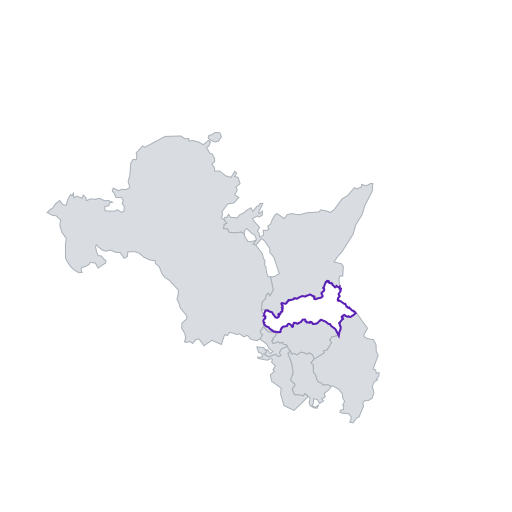 map of Pakistan with Uzbekistan, India, Afghanistan and 4 others greyed out, rotated 222°
{"feature_id": "PAK", "entity_name": "Pakistan", "entity_type": "country or territory", "adm_level": 0, "iso_a3": "PAK", "parent_name": "Asia", "parent_adm1": "", "projection": "equal_earth", "projection_center": [69.806, 30.395], "detail": "fine", "context": "with_neighbors", "style": "outline", "palette": "violet", "viewbox_px": 512, "rotation_deg": 222, "n_neighbors": 7, "source": "natural_earth", "source_scale": "50m", "svg_char_len": 13467}
<svg xmlns="http://www.w3.org/2000/svg" viewBox="0 0 512 512"><g transform="rotate(222 256 256)"><path d="M123.1,186.5L124.4,166.7L135.1,163.5L145.2,169.8L148.9,174.6L160.8,173.4L165.7,177.3L165.2,182.8L167.3,182.8L168.1,187.3L173.4,187.5L174.5,190.1L176.1,190.0L177.9,186.1L185.8,181.3L187.1,181.8L183.6,185.4L186.7,187.4L189.6,186.1L194.6,189.0L189.3,192.9L184.4,192.5L183.7,191.0L184.6,188.4L179.0,189.7L175.6,196.3L172.1,196.1L171.0,198.5L174.1,199.9L175.0,204.0L172.5,209.8L166.9,208.5L167.1,205.1L157.1,199.9L149.7,193.4L147.8,187.8L146.4,186.8L141.9,187.0L140.3,185.9L140.1,181.5L134.7,178.7L131.0,181.8L127.3,183.7L127.8,186.5L123.1,186.5Z" fill="#d9dde1" stroke="#a8b0b8" stroke-width="1"/><path d="M304.5,261.6L305.0,263.9L303.6,265.0L304.2,268.7L300.9,267.6L295.4,271.8L295.8,275.3L293.7,280.4L293.7,283.3L292.0,288.4L288.3,287.0L288.5,293.3L287.6,295.4L288.2,298.0L286.1,299.5L283.1,289.7L281.8,289.7L281.3,293.7L278.6,290.5L279.8,287.0L281.8,286.7L283.6,281.5L280.9,280.5L272.4,279.7L271.7,275.5L269.5,275.2L265.8,272.6L264.4,276.7L267.9,279.9L265.2,282.2L264.3,284.4L267.2,286.0L266.6,289.7L268.4,294.3L269.3,299.4L268.8,301.6L260.0,302.8L260.5,307.5L258.1,311.2L251.6,315.3L246.7,322.7L238.7,330.7L238.8,333.6L232.3,337.4L230.2,337.7L228.9,342.5L230.3,356.0L228.4,362.0L228.5,372.8L226.0,373.1L223.9,377.9L225.4,380.0L221.1,381.8L219.5,386.2L217.7,388.0L213.1,382.1L209.0,366.7L204.8,357.6L202.7,345.8L198.4,337.1L195.0,317.0L194.9,309.5L194.0,303.7L187.3,307.4L184.1,306.7L178.1,299.2L180.3,297.0L178.9,294.5L173.6,289.3L176.6,285.3L186.6,285.3L185.7,280.0L183.2,277.0L182.6,272.3L179.7,269.6L184.6,263.3L189.9,263.7L194.5,257.5L197.2,251.4L201.5,245.5L201.3,241.3L205.0,237.9L201.4,235.0L198.2,226.0L200.3,223.5L206.9,224.9L211.8,224.0L215.8,219.2L220.7,225.9L220.4,230.7L222.3,233.6L222.2,236.6L219.1,235.8L220.5,242.3L231.3,250.2L228.6,252.9L227.0,258.5L241.8,267.0L248.0,267.8L250.8,270.9L259.8,272.9L263.5,272.8L263.3,264.0L266.0,262.7L266.8,268.6L271.1,270.9L273.8,270.0L281.3,270.2L281.4,266.5L279.4,264.6L283.0,263.8L286.8,259.4L291.6,255.6L295.5,257.0L298.5,254.5L300.9,258.2L299.6,260.7L304.5,261.6Z" fill="#d9dde1" stroke="#a8b0b8" stroke-width="1"/><path d="M166.9,208.5L169.3,208.6L173.8,210.4L176.9,208.6L178.4,209.7L179.8,207.1L182.3,207.2L183.4,204.1L185.3,202.2L187.6,203.5L187.1,205.2L188.4,205.5L188.1,210.2L189.8,212.1L193.2,210.3L195.8,207.8L203.2,208.2L204.0,209.8L189.8,213.4L187.3,215.8L188.8,221.1L186.7,223.6L186.9,225.8L185.7,227.9L181.5,227.7L183.3,231.5L180.5,233.0L178.6,236.5L178.8,240.0L177.1,241.7L175.5,241.1L172.1,241.9L171.6,243.6L168.3,243.5L165.8,246.9L165.6,251.9L159.8,254.4L156.7,253.9L155.7,255.2L153.1,254.4L148.6,255.3L141.2,252.3L145.4,246.9L145.1,243.1L141.8,242.1L140.3,233.7L142.3,230.5L140.4,229.7L143.8,218.3L148.1,220.5L151.4,219.7L152.4,217.1L155.8,216.2L158.3,214.5L159.3,209.9L162.9,208.8L163.6,206.8L166.9,208.5Z" fill="#d9dde1" stroke="#a8b0b8" stroke-width="1"/><path d="M172.5,209.8L175.0,204.0L174.1,199.9L171.0,198.5L172.1,196.1L175.6,196.3L179.0,189.7L184.6,188.4L183.7,191.0L184.4,192.5L186.1,192.4L184.6,194.1L180.0,193.2L179.6,196.4L184.1,195.9L189.4,197.7L197.4,196.9L198.6,202.1L199.9,201.5L202.6,202.8L203.2,208.2L195.8,207.8L193.2,210.3L189.8,212.1L188.1,210.2L188.4,205.5L187.1,205.2L187.6,203.5L185.3,202.2L183.4,204.1L182.3,207.2L179.8,207.1L178.4,209.7L176.9,208.6L173.8,210.4L172.5,209.8Z" fill="#d9dde1" stroke="#a8b0b8" stroke-width="1"/><path d="M108.8,183.9L110.8,182.1L115.6,181.0L118.3,182.5L120.9,186.8L127.8,186.5L127.3,183.7L131.0,181.8L134.7,178.7L140.1,181.5L140.3,185.9L141.9,187.0L146.4,186.8L147.8,187.8L149.7,193.4L157.1,199.9L167.1,205.1L166.9,208.5L163.6,206.8L162.9,208.8L159.3,209.9L158.3,214.5L155.8,216.2L152.4,217.1L151.4,219.7L148.1,220.5L143.8,218.3L143.6,213.5L140.4,213.3L135.7,208.2L132.3,207.6L127.7,204.8L124.7,204.2L122.8,205.3L119.9,205.1L116.7,208.4L112.8,209.4L112.3,205.4L113.4,199.6L110.2,197.7L111.6,193.9L108.8,193.6L110.1,188.9L114.0,190.3L117.8,188.5L115.0,185.2L114.1,182.1L110.6,183.5L109.8,187.5L108.8,183.9Z" fill="#d9dde1" stroke="#a8b0b8" stroke-width="1"/><path d="M86.4,251.7L84.2,248.6L84.4,245.4L82.9,245.4L84.0,241.2L82.1,236.7L77.0,233.5L74.5,228.0L75.9,223.5L78.3,221.5L78.3,218.1L75.6,216.4L71.7,205.1L72.8,203.3L72.2,196.9L75.3,195.3L75.7,197.4L77.5,200.0L80.4,200.8L81.9,200.6L87.4,196.5L89.0,196.1L90.1,197.7L88.3,200.5L90.7,203.4L91.8,203.1L92.8,207.3L96.7,208.5L99.5,211.3L105.5,212.3L112.3,210.8L112.8,209.4L116.7,208.4L119.9,205.1L122.8,205.3L124.7,204.2L127.7,204.8L132.3,207.6L135.7,208.2L140.4,213.3L143.6,213.5L143.8,218.3L140.4,229.7L142.3,230.5L140.3,233.7L141.8,242.1L145.1,243.1L145.4,246.9L141.2,252.3L145.0,259.0L149.2,261.7L149.2,266.9L151.4,267.9L151.7,270.7L145.1,273.8L143.2,280.9L124.7,276.9L123.1,269.4L121.0,268.4L117.5,269.4L112.8,272.4L107.4,270.4L103.0,265.7L98.8,264.0L93.4,250.4L90.9,251.4L88.2,249.4L86.4,251.7Z" fill="#d9dde1" stroke="#a8b0b8" stroke-width="1"/><path d="M365.3,323.3L361.4,321.4L360.8,316.0L362.9,313.2L367.8,311.5L370.4,311.6L371.7,314.0L369.9,316.7L369.1,320.3L365.3,323.3ZM224.5,180.8L224.0,177.8L226.7,176.4L222.5,167.1L232.4,163.8L234.6,154.5L242.8,156.2L244.8,153.8L244.5,148.7L247.7,148.2L250.4,144.8L251.9,144.4L253.3,148.0L257.0,150.7L262.9,152.6L266.2,156.7L265.4,162.8L267.1,165.1L277.6,166.8L283.0,170.1L285.6,170.7L288.2,175.6L291.0,178.8L304.3,179.9L309.7,179.1L314.0,179.9L320.7,183.3L325.7,183.2L327.9,184.9L332.2,182.0L338.5,180.1L344.7,179.9L349.2,178.0L354.0,173.3L351.2,169.5L352.5,166.1L359.4,167.6L362.8,164.8L368.5,162.8L370.5,159.3L372.9,157.9L378.6,157.2L381.9,157.8L381.8,155.9L377.2,152.3L373.5,150.7L370.9,152.6L366.8,151.8L364.7,152.4L363.1,150.3L365.3,141.4L370.6,143.3L375.1,140.2L374.4,138.0L376.2,132.8L377.8,131.2L376.8,128.5L374.3,127.4L376.6,125.0L381.1,124.1L386.1,124.0L392.3,125.4L396.4,127.2L405.4,137.2L408.7,142.1L416.1,143.7L422.1,147.3L425.5,152.1L431.6,152.1L434.3,150.1L440.3,148.6L440.0,153.2L439.2,155.1L439.9,160.8L439.0,165.9L433.7,164.9L430.9,166.8L433.5,171.4L434.9,177.7L432.9,177.8L433.8,180.6L430.1,177.4L429.4,180.4L423.7,182.8L425.2,185.7L421.5,185.5L419.0,183.7L417.2,187.6L413.4,190.6L410.9,194.1L405.4,195.8L402.9,198.4L398.7,199.9L400.4,197.3L399.0,195.1L401.4,191.4L398.4,188.5L391.4,194.3L389.7,197.9L385.6,198.2L384.0,200.8L387.0,204.6L390.7,205.5L391.4,208.0L395.2,209.7L399.1,205.7L403.4,207.8L406.2,208.0L407.6,211.0L401.8,212.6L400.5,215.6L396.9,218.5L395.5,222.5L400.8,225.7L403.7,231.4L411.2,241.3L412.0,245.6L409.5,247.3L411.1,250.4L414.0,252.3L413.9,261.9L411.4,262.4L403.5,284.1L392.2,294.9L387.1,295.6L384.6,298.4L382.8,296.4L380.5,299.4L374.4,302.5L369.7,303.4L368.7,310.0L366.2,310.3L364.6,305.9L365.4,303.5L359.1,301.5L357.0,302.5L352.2,300.9L349.8,298.4L350.2,294.8L345.9,293.7L343.5,291.4L339.9,294.7L331.8,295.4L327.2,297.8L328.4,304.8L325.9,304.7L325.1,300.7L321.9,302.5L316.2,299.0L317.2,293.9L314.2,292.7L312.6,287.1L307.9,288.1L307.9,280.8L311.8,275.8L311.0,266.2L308.9,264.7L307.1,261.2L304.5,261.6L299.6,260.7L300.9,258.2L298.5,254.5L295.5,257.0L291.6,255.6L286.8,259.4L283.0,263.8L279.4,264.6L277.4,263.0L271.7,261.4L269.4,263.0L266.7,267.4L266.0,262.7L263.3,264.0L252.9,262.0L249.1,259.4L245.6,258.2L244.0,255.3L241.4,254.5L236.7,250.6L233.1,248.8L231.3,250.2L220.5,242.3L219.1,235.8L222.2,236.6L222.3,233.6L220.4,230.7L220.7,225.9L215.8,219.2L208.6,216.9L207.2,212.5L204.0,209.8L203.2,208.2L202.6,202.8L199.9,201.5L198.6,202.1L197.4,196.9L198.6,195.6L198.0,194.3L201.9,191.7L204.8,190.6L209.3,191.4L210.8,187.9L216.1,187.2L217.5,185.0L223.9,182.1L224.5,180.8Z" fill="#d9dde1" stroke="#a8b0b8" stroke-width="1"/><path d="M211.1,218.2L212.4,221.4L212.3,222.1L211.8,222.4L211.3,222.6L211.2,222.7L211.2,222.9L211.0,223.2L210.5,223.5L210.2,223.5L209.9,223.4L208.7,223.9L208.1,223.9L207.7,224.2L207.4,224.5L206.7,224.9L206.3,224.9L205.6,224.7L204.8,224.3L204.4,224.1L204.1,224.1L203.4,224.1L201.8,223.7L200.6,223.4L199.1,224.0L198.6,225.0L198.5,225.3L198.4,225.6L198.5,225.9L199.0,226.1L199.2,226.4L199.2,226.7L198.9,227.2L198.9,227.4L199.0,227.5L199.8,227.8L200.2,227.8L200.4,227.8L200.4,228.1L200.3,228.4L199.7,228.7L199.3,229.0L199.2,229.4L199.3,229.7L199.4,229.9L199.9,230.4L200.0,230.7L200.0,231.0L199.9,231.4L199.4,232.2L199.3,232.3L199.4,232.5L200.0,233.2L200.4,233.5L200.7,233.6L200.8,234.0L200.9,234.4L200.8,234.7L201.0,235.0L201.6,234.9L202.0,235.0L202.2,234.9L202.4,235.0L202.3,235.9L202.4,236.4L202.5,236.6L202.9,236.8L203.8,236.8L204.9,237.3L205.2,237.6L205.4,237.8L205.3,238.2L205.0,238.6L204.2,238.9L202.8,239.8L202.3,240.1L202.0,240.5L201.9,240.8L201.8,241.1L202.1,242.3L202.2,242.6L201.9,244.3L202.0,244.6L202.3,244.7L202.4,245.1L201.9,245.6L201.3,246.0L201.1,246.0L200.6,246.7L199.7,248.2L199.2,248.7L199.1,249.2L199.3,249.6L199.4,250.0L199.2,250.3L198.8,250.7L198.2,251.1L197.3,251.4L196.9,251.7L196.3,253.9L195.8,255.1L195.1,256.7L194.9,257.1L192.4,258.7L192.1,259.0L191.6,260.7L191.4,261.1L190.6,262.1L190.4,262.9L190.3,263.4L188.8,264.0L187.7,264.1L187.2,264.2L185.8,264.9L185.5,265.0L185.2,264.8L185.0,264.6L184.8,264.2L184.7,263.6L184.4,263.3L184.1,263.1L183.7,263.1L183.3,263.3L183.0,263.6L182.5,264.1L182.1,265.0L181.4,266.4L180.6,267.3L180.2,267.9L179.9,268.2L179.8,268.5L179.6,269.5L179.5,270.4L179.5,270.6L179.7,270.8L180.7,271.5L181.5,271.7L182.1,271.8L182.4,272.0L182.5,272.2L182.6,272.4L182.5,274.0L182.2,274.8L182.2,275.3L182.3,275.8L183.1,277.1L183.4,277.2L183.9,277.2L184.2,277.2L184.5,277.1L184.8,277.3L184.9,277.5L184.8,278.8L185.1,279.3L185.5,280.1L185.9,281.0L186.2,282.0L186.5,282.8L186.7,283.3L186.4,283.5L186.3,284.0L186.3,284.3L186.3,284.5L186.5,284.7L186.6,284.8L186.6,285.0L186.4,285.2L186.1,285.2L185.9,285.4L185.6,285.9L185.4,286.0L185.2,286.0L184.9,285.9L184.5,285.7L184.4,285.4L184.5,285.1L184.4,284.9L184.1,284.9L183.2,285.3L182.3,285.7L182.0,286.3L181.6,286.4L181.0,286.4L180.6,286.4L179.9,285.8L177.9,285.8L177.6,285.7L177.3,285.8L176.9,285.7L176.7,285.8L176.4,285.6L176.2,285.6L176.1,285.8L176.1,287.7L175.0,287.7L174.0,287.9L173.5,288.3L173.4,288.7L173.3,289.0L173.1,288.6L172.9,288.4L172.8,288.5L172.5,288.5L172.1,288.0L171.9,288.5L171.2,288.6L171.2,288.3L171.1,287.9L170.8,288.2L170.5,287.8L170.4,287.3L170.2,287.1L169.9,286.9L169.6,286.4L169.6,285.8L169.5,285.2L169.0,282.8L168.7,282.6L166.9,282.2L166.8,281.8L166.9,280.7L166.9,280.0L166.3,279.0L166.2,278.4L165.7,277.9L165.2,277.7L164.7,277.8L164.5,278.0L164.3,278.4L165.3,278.3L165.6,278.4L165.8,278.6L165.6,278.6L165.2,278.5L164.8,278.5L163.2,278.8L162.3,279.2L161.0,279.1L159.5,279.5L158.2,279.5L157.6,280.2L157.3,280.1L157.1,279.9L155.3,279.3L155.2,279.1L154.9,278.9L154.6,279.2L154.3,279.3L153.4,279.0L152.6,279.2L152.3,279.5L152.3,280.1L151.4,280.0L150.9,279.8L150.2,280.0L148.6,279.7L148.1,279.8L147.6,280.1L147.3,280.4L147.0,280.5L146.7,280.1L146.4,280.0L146.2,280.1L145.9,280.4L145.1,280.6L144.4,280.5L143.6,280.2L143.8,279.6L144.0,277.8L144.1,277.1L144.1,276.8L144.1,276.7L144.4,276.4L144.5,276.2L144.8,274.3L145.0,273.9L146.1,273.3L146.3,273.0L146.8,273.1L146.9,272.7L147.1,272.3L147.5,272.0L147.7,271.9L148.6,271.7L149.1,271.4L149.3,271.4L150.7,271.4L151.0,271.3L151.0,271.2L151.1,270.2L151.4,270.0L151.3,269.2L151.4,268.8L151.7,268.5L151.7,268.3L151.5,268.0L151.2,267.8L151.1,267.7L149.9,267.9L149.5,267.8L149.3,267.7L149.2,267.6L149.3,267.4L149.3,267.1L149.5,266.6L149.5,266.2L149.4,264.4L149.3,263.2L149.4,262.0L149.4,261.8L149.3,261.7L149.2,261.7L148.5,261.8L147.9,261.0L147.6,260.7L146.6,260.3L146.2,260.3L145.5,259.9L144.4,258.5L144.1,258.0L143.9,257.2L143.2,255.6L143.2,255.2L141.1,252.1L147.8,254.7L148.3,254.8L153.2,254.3L154.9,254.7L155.5,254.9L155.9,254.5L156.3,254.2L156.8,254.0L157.4,253.9L158.8,253.9L159.2,253.9L160.0,253.9L164.8,252.2L165.1,252.1L165.3,251.7L165.2,251.0L165.1,250.6L165.3,250.1L165.4,249.4L165.4,248.3L165.4,247.7L165.7,246.5L165.9,245.9L166.6,245.4L166.8,245.2L167.4,244.2L167.8,243.8L168.2,243.5L168.7,243.6L169.1,243.9L169.8,244.1L170.6,244.0L171.2,243.7L171.5,243.5L171.8,243.3L171.8,243.1L171.5,242.9L171.2,242.7L171.2,242.4L171.4,242.2L171.9,242.1L173.1,241.4L173.6,240.9L173.7,240.6L174.0,240.6L174.4,240.8L175.0,240.9L175.3,240.7L175.7,240.6L176.0,240.9L176.2,241.2L176.5,241.5L176.9,241.6L177.3,241.4L177.8,241.0L178.7,239.8L178.5,236.9L178.7,236.4L179.0,236.0L179.2,235.5L179.2,235.0L179.5,234.6L179.7,233.5L180.0,233.2L180.6,233.1L181.5,233.0L183.0,231.9L183.1,231.5L182.8,231.0L182.4,230.0L182.1,229.4L181.3,228.4L181.4,227.7L181.8,227.5L183.0,227.9L183.3,228.0L183.7,228.1L184.7,228.1L185.6,227.9L186.4,227.5L186.6,227.1L186.6,225.7L186.3,225.3L186.1,225.0L186.1,224.7L186.3,224.6L186.5,224.3L186.7,223.8L187.2,223.3L187.5,222.8L188.2,222.2L188.4,221.7L188.6,221.4L188.8,221.1L188.8,220.8L188.5,220.4L188.5,220.1L188.8,219.7L188.7,218.9L188.4,218.6L188.3,217.9L188.0,217.2L187.9,217.0L187.6,216.6L187.1,216.3L187.0,216.0L187.2,215.6L187.5,215.3L188.2,214.6L188.5,214.1L188.8,213.8L189.2,213.8L189.5,213.8L189.7,213.5L190.1,213.2L190.9,212.7L191.1,212.3L191.5,212.1L191.8,212.0L192.3,211.9L193.1,211.5L194.7,211.4L195.2,211.3L198.0,211.2L199.0,211.6L199.9,211.2L201.3,210.5L201.6,210.4L202.0,210.4L202.3,210.5L202.8,210.8L203.6,210.6L203.9,210.7L204.8,211.1L205.0,211.2L205.2,212.1L205.3,212.1L205.8,211.9L206.2,212.0L206.7,212.3L207.0,212.6L207.2,212.8L207.4,213.3L207.6,214.1L207.6,215.3L207.5,215.5L207.3,215.8L207.4,216.0L207.5,216.2L208.1,216.4L208.2,216.6L208.4,217.3L208.6,217.4L208.9,217.4L209.5,217.2L210.0,217.0L210.2,216.9L210.2,217.6L210.5,217.8L211.1,218.2Z" fill="none" stroke="#5b21b6" stroke-width="2"/></g></svg>